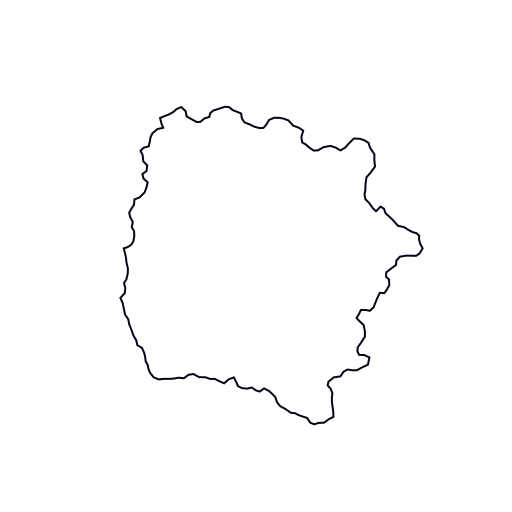 outline of Itaguara, Minas Gerais, Brazil, rotated 39°
{"feature_id": "56859067B20958888091041", "entity_name": "Itaguara", "entity_type": "district", "adm_level": 2, "iso_a3": "BRA", "parent_name": "Brazil", "parent_adm1": "Minas Gerais", "projection": "albers", "projection_center": [-44.527, -20.371], "detail": "fine", "context": "isolated", "style": "outline", "palette": "ink", "viewbox_px": 512, "rotation_deg": 39, "n_neighbors": 0, "source": "geoboundaries", "source_scale": "gbopen_adm2", "svg_char_len": 2902}
<svg xmlns="http://www.w3.org/2000/svg" viewBox="0 0 512 512"><g transform="rotate(39 256 256)"><path d="M94.6,209.1L99.9,213.1L103.2,214.7L99.5,219.4L98.3,225.9L99.3,230.1L101.3,233.5L103.6,238.3L100.5,242.6L100.0,246.9L104.4,248.9L108.9,253.4L114.4,254.0L117.4,258.7L116.2,263.8L119.8,266.6L125.5,267.0L127.6,271.3L129.4,276.5L128.7,283.8L125.9,288.5L128.9,292.9L129.3,297.0L130.2,302.2L133.6,304.8L138.9,307.2L141.3,311.8L145.6,313.4L149.0,317.3L151.6,322.1L151.9,326.1L150.6,330.0L148.4,333.3L152.0,335.9L155.5,338.7L159.5,342.6L164.4,346.4L167.4,350.4L170.0,355.8L170.4,360.1L174.5,363.1L177.4,367.4L177.0,373.9L182.0,376.5L186.8,380.4L191.1,383.9L196.6,385.6L200.4,388.8L206.1,392.0L210.7,394.9L216.2,397.0L219.9,400.0L225.3,399.2L230.1,401.7L233.6,404.4L236.7,407.4L240.2,408.7L243.4,411.3L247.0,413.4L252.9,414.7L258.1,413.1L261.8,409.4L266.6,405.5L269.8,402.4L272.3,399.4L276.9,396.4L278.3,390.9L281.6,387.1L287.9,386.0L293.3,381.9L297.8,380.4L301.3,377.4L305.9,376.5L311.4,375.0L312.4,369.1L315.2,364.3L320.2,366.5L323.9,368.5L328.2,367.5L332.6,364.6L335.4,360.9L340.5,360.5L344.2,359.0L345.6,353.8L351.3,352.7L359.5,353.4L364.4,356.4L369.3,357.5L375.1,356.4L381.8,355.9L385.2,353.6L389.3,352.8L393.3,351.4L397.6,349.7L403.1,351.4L407.1,350.2L409.7,346.3L413.8,342.7L415.3,337.0L417.4,332.3L414.2,328.6L410.1,324.7L406.8,321.6L404.3,318.6L401.7,314.5L397.6,312.2L393.2,311.5L391.4,308.1L392.8,301.4L397.4,296.4L396.8,291.0L398.5,286.7L403.2,283.9L406.3,281.3L408.6,275.7L411.4,270.0L408.0,263.5L402.5,264.8L398.5,267.9L395.0,266.4L392.6,263.1L392.2,257.5L391.4,250.1L387.9,245.9L383.1,241.9L377.2,241.5L373.1,240.9L372.6,236.5L371.5,232.0L375.0,229.0L378.9,227.0L379.7,221.9L378.0,216.6L376.4,211.1L375.4,206.7L379.1,204.1L378.9,200.1L377.9,194.7L374.0,190.5L370.1,190.3L367.5,186.7L369.1,179.9L370.4,174.8L367.9,171.1L368.3,165.9L372.8,160.9L377.0,157.7L380.3,155.1L381.5,151.2L380.7,145.2L375.6,143.0L372.4,140.6L370.0,137.6L366.3,137.3L362.7,138.9L358.2,139.8L352.8,140.4L347.4,143.2L339.8,141.9L334.5,141.5L329.7,141.2L325.6,138.7L321.7,139.3L321.1,145.7L316.6,145.3L310.6,143.6L305.3,143.0L301.6,139.9L299.4,135.9L295.8,131.1L292.3,125.3L292.6,119.5L292.2,111.6L287.4,106.8L284.0,102.4L280.2,101.3L276.4,100.0L272.3,97.3L267.7,97.8L263.0,99.5L258.1,103.1L257.3,110.3L257.1,115.5L255.3,120.7L249.4,121.7L244.7,123.5L240.1,128.7L237.6,135.0L234.4,137.8L229.4,138.2L224.3,138.0L220.5,138.7L216.5,135.2L213.8,128.9L208.6,129.3L203.0,131.3L195.9,130.2L191.0,131.9L187.0,134.0L183.1,137.2L180.5,142.1L181.3,147.1L181.2,151.8L178.2,154.4L173.7,156.4L167.6,157.9L163.1,159.4L158.6,158.1L154.8,154.6L150.8,155.8L146.0,157.3L141.5,157.2L138.1,159.4L134.7,164.6L131.3,169.8L130.5,173.7L132.2,177.3L129.3,181.6L128.4,186.7L125.6,189.2L120.6,190.1L114.3,191.2L110.1,187.7L104.2,187.3L101.9,191.7L101.1,196.2L99.1,201.1L97.0,204.6L94.6,209.1Z" fill="none" stroke="#020617" stroke-width="2"/></g></svg>